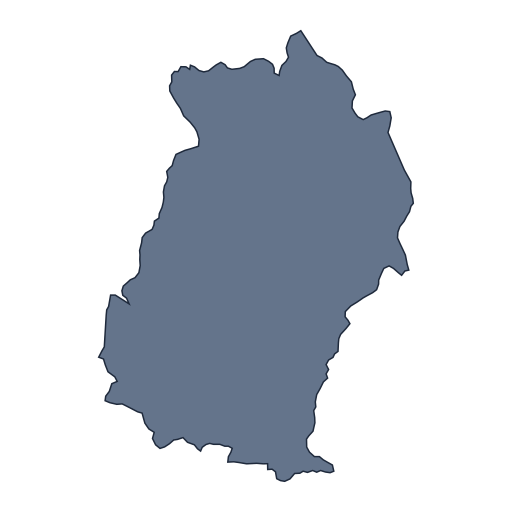 the district of Itirapina, São Paulo, Brazil
{"feature_id": "56859067B43093187714346", "entity_name": "Itirapina", "entity_type": "district", "adm_level": 2, "iso_a3": "BRA", "parent_name": "Brazil", "parent_adm1": "São Paulo", "projection": "albers", "projection_center": [-47.835, -22.292], "detail": "fine", "context": "isolated", "style": "filled", "palette": "slate", "viewbox_px": 512, "rotation_deg": 0, "n_neighbors": 0, "source": "geoboundaries", "source_scale": "gbopen_adm2", "svg_char_len": 3102}
<svg xmlns="http://www.w3.org/2000/svg" viewBox="0 0 512 512"><path d="M300.8,30.7L296.6,33.3L290.7,36.1L287.9,42.8L286.3,47.9L287.1,52.9L288.5,57.2L286.0,61.5L281.9,65.4L279.7,71.4L279.1,75.5L274.2,73.1L274.1,68.2L272.5,64.3L268.6,61.3L263.5,58.7L255.2,59.3L250.4,61.5L244.2,66.7L239.7,68.4L231.9,69.3L227.4,67.9L225.1,64.7L220.9,62.3L216.2,64.9L213.0,67.3L208.6,70.8L203.8,71.9L198.9,70.5L194.6,66.9L190.4,65.2L189.7,69.4L185.9,66.8L180.9,66.7L178.1,71.6L174.4,71.5L171.6,75.1L171.8,81.9L169.6,85.8L169.8,91.0L173.6,98.0L176.8,103.2L180.4,108.4L183.7,115.9L190.1,122.1L194.7,127.8L196.9,131.8L199.1,139.3L198.5,146.2L190.5,148.8L185.1,150.3L180.8,152.2L176.0,154.4L173.6,160.4L172.2,165.6L169.4,168.2L166.7,171.4L167.8,177.4L166.7,181.9L164.5,185.8L163.4,192.0L163.9,197.4L163.3,202.2L162.0,207.5L159.3,213.6L158.9,218.1L154.4,221.1L153.9,225.2L152.1,229.4L145.6,233.1L142.2,237.6L141.6,242.8L139.6,250.5L140.0,254.9L139.8,259.6L140.2,265.6L138.9,272.7L135.0,277.7L130.3,279.8L127.3,282.6L123.3,286.1L121.9,290.8L122.8,295.3L126.5,298.1L129.1,303.9L115.3,295.1L110.6,295.1L108.6,306.5L106.7,309.9L106.2,315.3L104.3,346.9L102.0,350.8L98.7,357.2L103.5,359.0L105.3,364.9L108.0,371.8L114.8,376.8L117.2,381.4L111.8,383.7L109.3,391.4L105.7,396.2L105.1,400.7L109.9,402.7L116.8,404.3L122.2,403.9L126.8,406.2L137.6,411.8L142.1,413.1L143.3,417.5L144.9,423.2L148.9,429.0L154.2,432.3L152.5,438.5L155.6,444.8L160.0,448.4L164.6,446.9L169.5,443.7L173.7,440.0L177.5,439.4L183.0,437.6L187.5,442.3L194.4,444.8L197.5,448.8L200.6,451.1L202.2,447.3L206.0,444.5L209.7,443.4L213.5,444.3L219.8,444.3L224.8,446.2L228.4,446.2L232.2,448.3L230.9,452.2L228.4,456.7L227.8,462.1L233.8,461.8L238.9,462.5L246.6,463.8L256.6,463.3L263.2,463.8L267.6,463.7L267.7,469.5L272.1,469.2L275.5,471.8L276.7,478.7L280.5,480.6L284.7,481.3L290.0,478.9L294.6,473.5L299.9,473.2L303.1,471.2L307.5,472.4L312.7,470.5L316.7,472.2L320.6,470.5L325.4,472.0L330.1,472.7L333.8,471.2L332.4,465.0L327.2,462.1L323.2,459.8L319.4,456.6L314.4,456.6L309.5,452.2L306.7,447.1L306.5,439.1L308.9,435.7L313.0,431.2L313.9,427.1L314.9,422.8L314.7,417.6L313.7,410.6L315.8,406.9L315.3,401.9L316.7,394.6L320.1,388.6L323.4,381.9L327.6,378.1L326.1,373.9L328.6,369.5L326.1,364.6L328.6,360.0L333.0,357.4L334.6,353.9L338.0,351.4L338.4,342.8L338.8,338.7L340.6,334.4L346.1,328.4L349.9,323.7L347.9,320.2L345.1,316.8L345.3,311.6L350.7,306.0L357.2,302.0L363.1,297.9L366.6,295.9L372.6,292.7L376.6,289.7L378.6,284.1L378.7,280.0L381.5,273.3L383.8,268.4L389.1,265.9L393.5,268.4L398.5,272.8L401.6,275.3L404.9,271.0L408.8,270.1L407.2,264.4L405.4,255.1L403.0,249.9L399.9,243.4L397.5,237.9L397.9,232.0L399.9,226.5L404.1,221.2L406.8,216.0L409.5,211.7L410.9,206.3L413.3,203.3L412.7,198.4L411.1,192.9L410.7,188.5L410.9,181.9L404.3,170.0L388.0,132.5L389.8,126.0L391.2,117.8L389.8,111.6L385.2,111.0L381.1,112.1L376.5,113.4L371.1,115.0L366.9,117.8L363.2,119.6L357.8,116.8L355.0,113.1L352.0,108.0L352.4,100.9L355.4,94.8L353.2,89.1L351.4,81.8L346.4,75.9L342.3,70.1L338.3,66.5L334.9,64.8L330.5,63.5L326.7,62.3L322.0,58.0L317.0,55.5L300.8,30.7Z" fill="#64748b" stroke="#1e293b" stroke-width="1.5"/></svg>